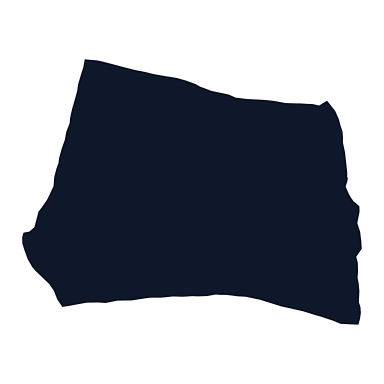 Huth, Amran, Yemen
{"feature_id": "15242507B35105243625630", "entity_name": "Huth", "entity_type": "district", "adm_level": 2, "iso_a3": "YEM", "parent_name": "Yemen", "parent_adm1": "Amran", "projection": "mercator", "projection_center": [43.982, 16.275], "detail": "fine", "context": "isolated", "style": "filled", "palette": "ink", "viewbox_px": 384, "rotation_deg": 0, "n_neighbors": 0, "source": "geoboundaries", "source_scale": "gbopen_adm2", "svg_char_len": 1771}
<svg xmlns="http://www.w3.org/2000/svg" viewBox="0 0 384 384"><path d="M85.4,60.1L84.1,67.2L81.5,75.6L78.8,84.6L78.0,90.7L76.4,96.8L73.0,108.5L71.8,113.7L70.8,118.6L70.4,123.4L67.1,131.8L65.5,140.3L62.5,148.7L59.9,158.1L59.2,163.3L57.1,169.0L55.0,177.3L54.3,186.3L50.3,194.8L47.6,200.4L42.4,207.9L39.2,212.0L35.1,227.6L29.5,232.4L24.1,233.3L23.0,237.1L23.0,238.6L23.1,243.4L24.9,249.1L26.7,254.1L28.4,258.9L32.8,266.5L36.0,270.3L49.7,283.4L54.6,290.5L57.8,298.7L62.6,306.1L68.7,305.2L77.7,303.5L86.6,301.9L95.1,301.8L97.4,301.7L105.8,302.2L117.2,299.9L126.3,299.7L131.4,299.7L139.7,298.4L149.1,297.0L154.5,296.9L159.0,296.9L161.0,296.9L173.2,295.7L176.8,295.8L182.2,296.0L192.3,295.4L198.1,295.6L207.0,295.3L215.4,293.8L220.3,294.1L226.0,294.1L228.8,294.4L232.1,294.8L237.2,295.5L246.0,296.0L254.4,297.8L259.8,298.9L281.7,305.7L303.6,310.6L304.1,310.8L313.4,313.7L321.7,316.1L326.7,317.8L332.8,319.8L340.9,323.1L357.8,323.9L359.3,318.4L360.1,312.6L359.7,307.3L358.1,302.3L358.6,291.1L357.9,283.4L356.8,277.9L357.3,271.3L357.0,262.5L355.4,256.6L361.0,248.6L360.5,241.1L359.4,232.0L356.5,223.2L358.8,211.7L358.6,206.6L352.8,201.6L350.6,198.5L348.4,194.8L344.8,186.7L346.5,181.3L347.1,178.7L346.4,176.9L346.5,172.9L344.2,152.1L342.2,142.9L342.2,137.4L341.8,131.7L339.8,125.9L338.2,119.7L334.6,111.5L326.9,101.7L319.2,106.4L312.5,104.8L306.5,104.6L301.0,104.2L295.0,104.1L285.2,103.8L276.3,102.1L270.0,101.2L263.2,100.6L257.4,100.3L247.5,99.8L246.9,99.8L240.8,99.0L235.4,98.4L228.6,95.3L211.0,91.6L204.9,89.2L199.8,87.4L195.5,84.9L190.4,83.0L185.7,81.3L177.0,78.8L171.6,77.9L166.3,77.1L157.2,75.5L152.4,74.6L147.0,73.2L141.4,72.0L135.5,70.9L126.3,68.6L116.8,66.1L111.9,64.8L103.5,62.6L97.5,61.2L91.2,60.7L85.4,60.1Z" fill="#0f172a" stroke="#020617" stroke-width="1.5"/></svg>